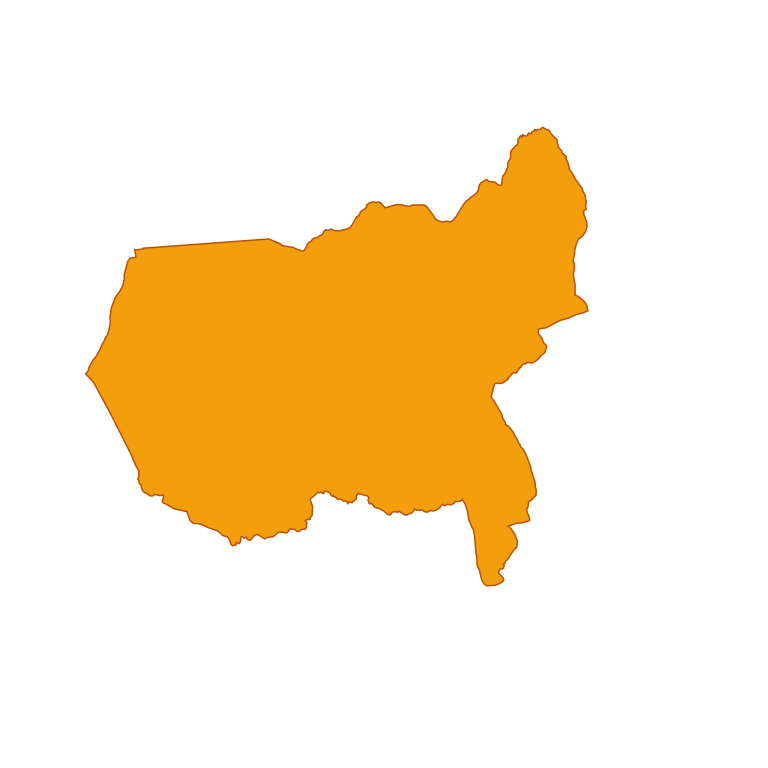 outline of Njombe Urban, Njombe, United Republic of Tanzania, rotated 154°
{"feature_id": "72390352B92677179016540", "entity_name": "Njombe Urban", "entity_type": "district", "adm_level": 2, "iso_a3": "TZA", "parent_name": "United Republic of Tanzania", "parent_adm1": "Njombe", "projection": "equal_earth", "projection_center": [34.794, -9.468], "detail": "fine", "context": "isolated", "style": "filled", "palette": "amber", "viewbox_px": 768, "rotation_deg": 154, "n_neighbors": 0, "source": "geoboundaries", "source_scale": "gbopen_adm2", "svg_char_len": 6159}
<svg xmlns="http://www.w3.org/2000/svg" viewBox="0 0 768 768"><g transform="rotate(154 384 384)"><path d="M549.2,614.0L550.8,608.3L551.7,606.6L557.3,608.4L560.8,606.3L569.8,595.9L571.3,592.4L575.7,586.8L581.2,583.0L587.8,579.4L596.3,571.3L599.0,566.9L601.1,564.2L602.1,561.1L603.9,558.0L608.3,552.2L610.8,549.5L614.2,547.6L616.3,545.5L619.8,543.3L625.6,538.4L630.4,535.2L635.4,532.8L639.1,530.2L642.5,527.7L644.0,525.5L647.8,523.8L644.5,513.7L644.1,508.9L642.8,477.0L642.2,431.5L642.9,419.8L642.4,413.4L644.8,408.6L646.5,407.0L646.9,406.2L646.7,404.7L647.5,402.0L646.7,399.1L647.5,397.2L647.6,393.6L646.8,391.3L646.1,390.8L643.1,385.8L640.8,384.8L638.4,385.2L634.4,382.0L631.0,380.8L632.2,378.3L634.6,376.0L634.6,373.9L632.1,371.1L630.7,368.8L628.4,365.9L627.5,364.0L617.1,355.7L618.2,346.7L616.7,342.9L615.8,341.9L612.4,340.1L608.6,336.6L605.2,332.2L597.8,324.8L595.3,318.5L592.7,315.9L591.8,315.7L591.3,312.3L591.3,309.3L591.9,307.0L591.2,305.1L587.5,304.3L586.9,306.0L586.1,306.2L584.5,304.1L583.3,304.4L582.0,305.3L579.9,309.2L579.2,309.3L578.3,309.0L577.2,306.7L575.2,306.9L574.6,303.5L573.7,302.7L572.6,302.4L570.9,302.8L567.3,304.5L564.2,304.6L562.4,302.5L559.5,297.5L559.0,297.1L555.3,297.1L550.3,295.3L545.2,296.9L542.2,296.4L540.3,295.4L537.2,292.9L535.6,293.1L533.1,294.4L531.7,294.8L528.2,292.5L526.9,289.9L525.2,288.7L521.5,289.5L518.7,287.9L516.5,289.4L515.6,290.6L515.4,291.9L514.3,292.4L514.1,293.9L514.7,295.4L514.6,295.9L513.6,296.0L510.1,294.9L510.1,295.6L509.0,295.7L507.9,296.8L506.1,297.6L501.8,305.4L501.0,312.7L499.4,313.4L495.0,314.2L491.2,315.9L490.6,315.1L489.4,314.4L488.1,314.4L486.9,312.3L486.2,312.1L485.3,313.2L483.6,313.2L481.5,311.5L480.2,309.5L480.4,307.6L479.7,305.9L478.4,305.9L478.1,304.2L477.2,303.6L476.4,302.0L476.7,301.5L476.0,300.6L474.3,300.0L472.2,297.5L471.8,296.5L469.2,295.3L468.8,292.3L467.4,293.4L466.5,293.1L464.7,291.3L463.7,291.6L463.2,292.3L461.7,292.0L460.4,292.9L459.4,292.8L458.3,294.5L458.1,295.5L456.1,296.4L455.6,297.1L448.4,291.1L447.8,290.3L447.5,288.4L449.2,286.8L449.7,283.8L449.5,282.7L447.5,282.1L446.4,277.2L445.3,275.9L443.1,274.6L439.5,269.3L439.3,268.1L437.8,265.0L437.0,265.0L436.1,263.7L435.5,263.5L433.8,265.0L432.0,265.0L429.2,264.1L428.8,263.1L428.1,262.8L427.2,263.2L426.3,262.7L424.1,259.8L423.7,258.5L421.7,256.5L415.1,255.9L411.3,258.2L410.1,256.3L404.6,253.7L403.7,251.7L401.7,250.0L400.6,249.7L398.4,250.1L395.7,248.5L393.3,247.7L388.0,248.3L386.8,249.4L384.1,250.0L382.6,247.9L379.9,248.1L378.7,247.6L377.7,246.2L375.4,245.9L372.8,246.3L371.2,247.4L369.7,246.2L367.2,245.3L365.6,245.3L364.2,245.8L363.7,240.9L364.7,232.6L365.6,230.8L366.4,227.3L367.5,224.7L367.3,223.1L367.8,216.2L367.4,213.8L368.3,211.6L369.0,208.4L375.8,190.6L376.4,187.7L379.5,181.0L380.1,178.7L379.8,175.6L382.0,165.3L381.8,160.9L380.7,158.2L379.5,157.2L371.6,154.2L366.4,154.0L364.1,154.4L362.1,155.7L362.0,157.9L363.8,163.4L363.5,164.7L360.4,167.0L358.7,165.9L357.0,166.2L356.2,167.9L355.7,168.1L355.3,169.9L354.1,169.6L352.7,171.3L349.4,172.2L343.5,176.0L339.5,178.1L336.2,179.1L333.1,183.9L332.2,191.5L333.2,197.8L334.7,201.7L334.3,202.0L330.2,201.1L326.3,201.0L320.5,198.6L313.1,197.4L312.1,199.3L311.6,203.3L311.9,204.2L311.0,208.0L310.4,209.1L307.9,211.0L307.6,212.3L306.8,212.7L305.9,214.5L304.2,215.1L302.6,214.8L301.9,215.7L301.1,215.4L300.0,216.2L296.3,217.2L293.7,221.8L293.1,224.9L291.2,230.0L289.3,243.7L288.5,244.3L288.5,246.6L287.5,255.0L287.3,262.3L287.8,265.1L288.8,268.0L288.4,269.6L288.9,272.8L288.6,275.9L289.1,279.7L288.9,283.0L290.0,289.1L290.9,292.1L292.5,294.2L291.8,297.4L292.4,300.7L291.5,305.7L292.4,319.1L293.3,325.6L290.5,328.9L289.2,329.8L288.4,331.9L286.8,333.0L284.5,335.6L283.5,335.8L279.1,333.5L276.3,332.8L269.9,334.2L270.0,334.8L262.8,337.6L260.7,335.9L259.7,336.1L257.4,337.7L256.1,338.1L254.9,339.2L253.9,338.9L251.2,340.7L250.3,340.9L247.4,340.1L247.0,341.0L246.6,340.9L241.0,337.8L236.6,338.2L232.2,339.7L230.8,340.6L225.6,341.7L221.7,345.9L221.3,347.6L222.3,350.5L222.4,353.1L222.0,355.3L222.2,358.3L223.2,361.3L222.8,363.2L220.6,365.6L214.1,363.5L198.0,364.0L190.8,362.6L180.7,362.1L172.6,360.6L168.7,360.4L167.3,366.0L167.6,369.4L168.8,372.9L170.7,376.8L171.6,378.5L173.3,380.0L168.5,390.0L167.4,394.8L165.7,399.5L161.9,404.9L160.0,409.5L160.3,411.5L155.8,417.4L153.1,421.7L149.2,426.1L145.9,428.8L140.6,429.9L138.9,431.1L136.7,431.9L132.4,436.6L130.9,440.5L130.7,443.8L130.1,446.0L130.2,448.1L129.7,449.9L128.6,452.2L125.6,452.3L125.0,455.2L122.7,458.5L120.4,466.1L120.7,469.8L120.2,473.5L121.1,477.5L121.3,480.6L122.3,484.1L122.2,487.8L122.5,492.5L123.3,495.6L122.5,498.1L121.6,503.0L121.6,506.2L120.5,508.6L121.9,511.7L122.4,514.2L122.1,516.1L123.3,519.4L122.8,523.6L121.4,528.1L123.1,532.2L124.1,535.9L124.5,539.7L126.7,541.9L129.0,545.2L131.4,544.5L132.9,544.5L134.5,545.5L136.0,545.0L136.9,545.6L136.5,545.9L137.1,546.6L138.4,545.8L140.3,545.7L142.0,544.5L143.1,545.0L143.7,546.1L145.1,545.3L145.3,545.5L145.7,544.7L147.6,544.5L149.3,545.9L149.7,545.9L149.7,546.9L150.2,547.2L152.2,545.5L152.2,547.1L153.6,546.9L155.4,545.3L156.2,545.3L157.6,542.6L159.2,540.9L166.2,538.6L168.3,537.2L171.1,531.9L174.9,529.1L176.6,527.4L177.4,525.1L178.5,523.9L183.5,519.8L186.2,518.8L191.2,511.4L192.6,511.7L194.2,513.1L195.8,516.8L197.8,518.2L199.8,519.0L201.1,520.3L201.8,522.6L204.2,522.8L208.9,522.2L211.0,521.2L214.1,517.1L216.8,515.1L223.5,513.7L224.7,513.9L225.8,513.1L230.2,512.2L234.2,510.3L245.5,503.0L250.9,500.7L253.8,500.9L256.2,502.8L260.1,503.8L263.0,506.1L265.0,508.8L265.6,511.2L265.7,513.6L267.7,523.9L268.2,525.6L269.0,526.7L270.2,527.7L280.2,532.5L283.0,532.4L286.8,534.8L288.9,536.8L294.0,539.8L305.8,541.9L307.6,548.3L308.8,549.8L311.4,550.6L314.0,552.5L317.7,553.2L320.9,552.5L321.6,552.0L321.6,551.2L322.1,550.8L324.5,549.7L327.8,549.5L329.7,548.8L332.7,546.4L335.3,546.2L343.1,540.9L345.4,539.7L349.1,539.5L357.8,541.5L361.0,543.5L363.8,546.4L366.0,546.4L369.2,548.2L371.7,547.1L373.2,545.7L380.2,544.9L382.8,545.8L385.4,545.3L387.2,544.0L389.6,544.3L396.7,539.3L398.8,539.0L404.2,544.4L405.2,546.1L415.1,553.2L415.8,555.6L424.1,564.9L540.9,611.6L541.0,610.8L548.9,613.6L549.2,614.0Z" fill="#f59e0b" stroke="#b45309" stroke-width="1.5"/></g></svg>